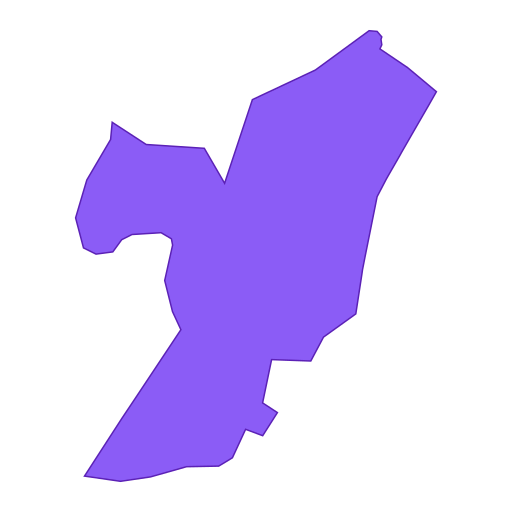 Hudson, New Jersey, United States of America
{"feature_id": "52423323B86380597892697", "entity_name": "Hudson", "entity_type": "district", "adm_level": 2, "iso_a3": "USA", "parent_name": "United States of America", "parent_adm1": "New Jersey", "projection": "natural_earth1", "projection_center": [-74.072, 40.733], "detail": "fine", "context": "isolated", "style": "filled", "palette": "violet", "viewbox_px": 512, "rotation_deg": 0, "n_neighbors": 0, "source": "geoboundaries", "source_scale": "gbopen_adm2", "svg_char_len": 824}
<svg xmlns="http://www.w3.org/2000/svg" viewBox="0 0 512 512"><path d="M232.4,457.8L245.6,429.3L262.7,435.7L277.4,412.6L262.6,402.9L271.6,359.6L310.8,361.0L323.5,337.1L355.8,313.9L361.9,274.1L362.6,269.2L362.7,268.8L365.2,256.0L370.9,227.7L377.1,196.7L384.9,181.8L386.2,179.3L388.0,176.1L399.9,155.4L401.6,152.3L416.6,126.2L428.1,106.3L434.7,94.7L436.4,91.7L407.7,67.7L379.9,48.9L381.8,44.8L381.0,39.4L381.8,36.9L377.1,31.4L369.1,30.7L315.4,70.0L252.4,99.6L224.6,183.3L204.3,148.3L146.2,144.5L112.2,122.3L110.6,139.5L86.8,180.0L75.6,217.9L83.5,247.9L96.0,254.1L112.8,251.9L121.7,239.7L132.0,234.5L161.1,232.7L171.4,238.8L172.6,245.1L164.7,280.5L172.5,311.6L180.9,329.7L133.5,401.0L122.0,418.2L84.5,476.1L120.5,481.3L150.5,476.9L186.5,466.7L218.7,466.1L232.4,457.8Z" fill="#8b5cf6" stroke="#5b21b6" stroke-width="1.5"/></svg>